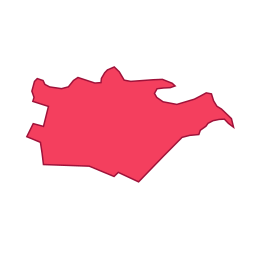 São Valentim do Sul, Rio Grande do Sul, Brazil, rotated 284°
{"feature_id": "56859067B59584339293430", "entity_name": "São Valentim do Sul", "entity_type": "district", "adm_level": 2, "iso_a3": "BRA", "parent_name": "Brazil", "parent_adm1": "Rio Grande do Sul", "projection": "equal_earth", "projection_center": [-51.744, -29.065], "detail": "fine", "context": "isolated", "style": "filled", "palette": "rose", "viewbox_px": 256, "rotation_deg": 284, "n_neighbors": 0, "source": "geoboundaries", "source_scale": "gbopen_adm2", "svg_char_len": 914}
<svg xmlns="http://www.w3.org/2000/svg" viewBox="0 0 256 256"><g transform="rotate(284 128 128)"><path d="M130.8,29.2L129.7,45.6L109.1,45.6L109.3,35.0L95.1,31.9L92.9,46.5L82.6,50.8L72.1,54.8L77.6,80.7L81.6,99.6L77.6,126.2L82.6,129.3L78.3,151.3L109.3,169.2L132.0,182.7L135.8,189.7L138.8,198.3L143.3,198.7L148.6,203.2L151.9,204.5L155.7,208.8L158.4,214.4L159.9,219.4L156.8,224.3L154.3,230.2L162.1,226.1L169.0,214.1L170.6,209.0L175.0,204.5L181.3,200.7L181.0,195.4L176.4,190.4L172.0,185.4L162.7,169.7L161.9,155.7L164.6,148.5L168.0,145.3L173.1,146.7L175.4,152.7L177.4,159.3L180.2,163.5L182.1,160.1L183.5,149.6L181.0,141.1L173.9,119.4L173.5,112.7L180.4,105.9L183.9,99.9L179.4,94.0L175.9,92.0L169.7,90.2L165.5,90.8L163.6,85.0L164.9,67.2L160.9,63.6L153.5,60.2L150.1,54.0L148.9,42.0L150.2,36.8L153.5,34.1L154.0,28.0L150.6,26.0L140.5,25.8L135.0,29.4L130.8,29.2Z" fill="#f43f5e" stroke="#9f1239" stroke-width="1.5"/></g></svg>